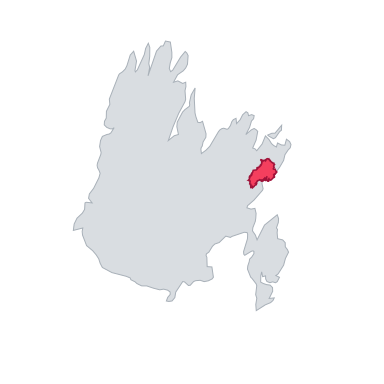 Ballina Lea-6, Mayo, Ireland shown in context, rotated 124°
{"feature_id": "5873133B94480778200635", "entity_name": "Ballina Lea-6", "entity_type": "district", "adm_level": 2, "iso_a3": "IRL", "parent_name": "Ireland", "parent_adm1": "Mayo", "projection": "robinson", "projection_center": [-9.261, 54.165], "detail": "fine", "context": "in_parent", "style": "filled", "palette": "rose", "viewbox_px": 384, "rotation_deg": 124, "n_neighbors": 0, "source": "geoboundaries", "source_scale": "gbopen_adm2", "svg_char_len": 8475}
<svg xmlns="http://www.w3.org/2000/svg" viewBox="0 0 384 384"><g transform="rotate(124 192 192)"><path d="M241.5,81.8L233.5,85.9L232.3,87.4L230.1,93.9L229.8,95.7L224.9,102.9L222.1,104.4L217.8,105.6L215.4,106.7L212.4,106.1L208.5,106.2L206.6,107.5L206.7,108.5L207.9,109.6L215.0,112.9L214.6,114.3L212.6,115.9L199.9,119.8L196.1,122.1L194.8,123.6L196.2,126.2L206.4,134.0L208.2,134.8L209.7,139.3L218.7,141.2L222.4,144.0L225.6,144.7L232.5,144.4L235.3,145.5L236.9,144.7L237.8,143.2L245.4,137.7L243.0,133.6L250.7,126.6L252.8,126.7L256.5,128.8L259.5,131.8L260.6,135.8L263.5,139.4L265.3,140.6L270.3,141.3L271.5,142.7L270.7,147.9L271.4,149.6L284.1,149.5L289.1,147.2L293.5,147.6L295.7,150.0L296.7,152.3L292.9,153.2L289.0,152.8L287.1,154.3L287.0,157.3L288.4,161.2L291.1,164.0L293.3,170.2L295.2,177.1L298.0,181.3L298.7,186.5L298.3,189.0L298.9,193.6L297.8,195.2L298.7,199.5L303.6,213.3L304.7,224.1L302.5,228.2L299.5,232.0L297.6,236.5L296.2,241.5L295.4,249.4L288.9,258.7L286.1,261.0L282.9,262.4L290.2,268.9L284.4,271.8L278.0,272.7L270.9,271.1L266.5,271.3L260.9,274.6L259.7,274.0L256.9,268.7L255.1,274.2L251.0,276.0L244.0,275.6L232.4,277.1L227.9,278.6L226.1,281.1L224.7,283.9L222.9,285.6L220.9,286.5L211.9,288.6L210.1,289.4L206.0,294.0L200.5,296.6L196.0,297.4L191.9,294.7L190.3,293.1L188.4,292.3L182.2,292.5L184.2,293.3L185.4,295.2L186.1,298.8L185.4,302.3L182.3,304.1L178.7,304.4L172.9,308.1L165.3,309.1L161.2,312.5L136.0,318.2L134.6,318.2L131.1,316.8L127.4,316.1L123.6,316.6L113.0,319.8L107.9,319.1L114.5,311.2L123.2,307.2L124.1,306.1L121.3,305.6L104.7,308.4L98.9,310.7L93.1,311.4L95.8,307.8L103.2,302.9L109.7,299.6L112.5,296.7L120.3,293.4L95.0,300.2L88.4,299.4L86.9,297.5L81.7,298.4L79.8,293.8L87.5,286.8L91.9,283.8L97.2,282.2L102.3,279.9L104.2,277.0L101.8,276.1L86.6,276.9L79.3,276.2L79.7,274.0L81.1,271.5L88.6,267.2L92.7,266.6L96.4,267.0L102.8,269.5L111.4,268.7L107.8,265.9L107.2,260.4L104.5,258.6L108.0,256.0L112.0,254.4L118.7,249.1L121.1,248.3L134.3,247.0L148.5,244.2L162.6,240.4L155.3,238.2L151.9,235.4L146.3,241.1L142.3,243.3L131.0,244.5L127.4,243.9L122.4,242.1L120.8,242.8L119.4,244.1L111.9,247.0L104.0,247.6L113.1,242.5L124.8,233.7L127.4,230.9L131.0,226.1L129.9,224.0L127.5,222.8L135.9,212.9L138.9,211.1L144.3,210.8L148.2,209.2L149.9,209.2L151.5,208.6L154.9,205.7L149.6,203.8L144.1,202.8L127.1,203.8L124.9,203.6L122.8,202.7L121.4,201.4L120.4,198.0L119.1,197.3L115.3,197.3L111.5,198.3L108.9,198.2L106.3,196.7L110.4,193.3L105.1,192.5L99.7,193.2L95.2,192.1L95.1,190.0L97.1,187.8L94.5,185.8L93.9,183.2L96.8,181.9L99.9,182.4L106.2,180.4L114.3,179.5L107.4,177.6L104.6,176.0L104.5,173.6L105.0,171.4L113.1,167.9L121.6,166.3L121.0,163.9L121.6,161.4L113.0,160.7L104.4,162.5L105.4,157.6L107.4,153.2L107.8,150.3L107.5,147.2L103.5,148.5L103.0,144.2L101.3,141.2L95.4,143.2L95.6,139.3L97.3,136.5L100.4,135.3L103.4,135.8L109.1,135.8L114.6,133.7L122.5,133.2L135.1,133.8L143.8,139.7L146.0,138.6L149.5,134.9L151.1,134.5L164.1,136.1L172.3,138.3L174.4,137.6L173.2,133.5L170.4,130.7L173.9,126.9L178.2,124.4L181.0,123.1L187.6,121.6L190.4,120.1L192.3,115.3L195.3,111.3L178.9,113.4L163.2,108.6L165.7,105.3L169.0,103.4L174.6,101.9L175.2,100.2L178.1,98.7L182.8,94.9L181.0,90.0L181.9,86.4L185.3,84.0L186.4,80.7L187.9,78.3L194.8,77.4L201.5,75.1L211.8,74.8L214.4,75.8L213.8,71.8L218.6,71.2L220.5,72.0L221.4,74.9L223.6,76.7L224.3,79.8L222.9,82.3L220.4,84.1L222.7,86.1L219.2,89.6L223.0,88.1L228.3,84.7L228.0,81.9L227.1,78.4L225.5,75.2L226.2,71.8L229.2,69.6L237.1,68.5L233.8,64.6L236.7,64.2L239.8,65.0L244.5,68.1L254.4,72.4L249.6,76.2L243.8,78.9L241.5,81.8ZM102.7,159.2L102.5,161.1L98.7,158.7L96.9,156.1L86.5,155.0L90.8,152.4L92.9,153.1L100.3,153.2L102.3,154.3L102.7,159.2Z" fill="#d9dde1" stroke="#a8b0b8" stroke-width="1"/><path d="M126.6,152.9L126.9,153.0L127.1,152.9L127.1,152.7L127.0,151.8L127.1,151.5L127.1,151.4L127.4,151.4L127.6,151.3L127.9,151.3L128.1,151.3L128.2,151.1L127.9,150.9L127.9,150.7L128.1,150.6L128.4,150.6L128.5,150.7L128.9,150.6L129.4,150.2L129.5,150.0L129.7,149.9L130.2,150.2L130.4,150.1L130.7,150.2L130.8,150.0L131.0,150.0L131.4,149.7L131.5,149.8L131.8,150.3L132.1,150.1L132.4,150.1L132.5,150.0L132.5,149.9L133.2,150.0L133.3,150.5L133.9,150.4L134.2,150.4L134.4,150.6L134.5,150.5L134.8,150.6L135.2,150.7L135.1,151.4L135.2,151.6L135.6,151.7L136.0,151.5L136.0,151.4L135.9,151.2L136.3,150.8L137.7,151.0L139.8,153.4L141.9,152.7L142.6,152.8L142.9,153.1L143.2,153.1L143.6,152.9L143.5,152.5L144.2,152.4L144.6,152.2L144.7,152.5L144.9,152.7L145.0,152.6L145.1,152.4L145.2,152.5L145.1,152.3L145.3,152.3L145.3,152.1L145.2,152.0L145.4,152.0L145.6,152.1L145.4,152.2L145.4,152.3L146.0,152.7L146.1,152.8L146.2,153.0L146.8,152.8L147.0,153.0L148.0,152.6L148.1,152.4L147.9,152.1L148.7,151.9L149.0,151.9L149.2,151.7L149.8,151.7L150.3,151.8L150.2,151.7L150.6,151.6L150.7,151.4L150.4,151.3L150.5,151.0L150.4,150.8L150.5,150.8L150.5,150.7L150.5,150.4L150.5,150.2L150.8,150.0L150.7,149.8L150.9,149.6L151.2,149.7L151.3,149.6L151.6,149.4L151.9,149.2L152.1,149.0L152.5,148.9L152.7,148.7L153.0,148.7L153.0,148.2L152.8,147.8L153.5,147.6L153.6,147.3L153.4,147.0L153.3,146.7L153.7,146.6L154.5,146.5L155.1,146.1L155.5,145.7L155.1,145.2L154.7,145.2L154.4,145.1L154.5,144.8L154.0,144.8L154.1,144.7L153.9,144.5L153.9,144.4L154.3,144.4L154.5,144.1L153.6,144.0L153.0,143.7L151.4,143.6L150.3,143.1L150.1,142.8L149.9,142.8L149.8,143.0L149.7,143.1L149.8,143.3L149.6,143.4L149.4,143.3L149.1,143.1L148.5,143.2L148.5,143.3L148.6,143.5L148.4,143.6L148.3,143.9L148.4,144.0L147.9,143.9L147.3,143.9L147.1,144.0L146.9,143.9L146.6,144.1L146.1,144.1L145.9,144.0L145.8,143.9L146.0,143.7L145.0,143.3L144.9,143.0L144.5,142.8L144.0,142.8L144.0,142.6L143.9,142.4L144.1,142.5L144.1,142.4L143.9,142.2L143.8,141.9L143.9,141.6L143.9,141.4L143.7,141.3L143.3,141.2L142.7,140.9L142.9,140.9L143.0,140.8L142.9,140.7L143.2,140.6L143.1,140.3L143.0,140.2L142.9,140.2L142.8,140.3L142.5,140.2L142.4,140.2L142.1,139.9L141.9,139.8L141.3,139.8L141.3,139.7L140.7,139.6L140.3,139.5L140.0,139.5L140.2,139.2L140.3,139.2L140.2,139.1L139.9,139.2L140.1,139.0L140.1,138.9L140.1,139.0L140.3,139.0L140.5,138.7L140.4,138.7L140.3,138.8L140.2,138.9L140.3,138.7L140.2,138.5L140.5,138.4L140.5,138.2L140.8,138.2L140.7,138.1L140.9,138.1L140.6,138.5L141.1,138.4L141.1,138.2L141.4,137.9L141.4,137.7L141.2,137.2L140.2,137.3L139.9,137.8L139.6,137.9L139.6,138.0L139.3,138.1L139.1,138.1L138.9,138.0L138.5,138.2L138.4,138.3L138.3,138.2L138.2,138.2L138.1,138.3L138.2,138.5L137.7,138.5L137.7,138.4L138.0,138.4L137.9,138.3L138.1,138.2L138.5,138.1L138.9,137.8L139.1,137.9L139.4,137.8L139.2,137.8L140.0,137.3L140.3,136.9L140.3,136.6L140.2,136.3L140.3,136.2L140.5,135.7L140.7,135.3L140.5,134.9L140.3,134.6L140.2,134.5L139.9,134.6L139.6,135.0L139.4,135.1L138.5,135.0L138.9,135.2L138.9,135.3L138.9,135.6L138.7,135.7L138.2,135.7L138.3,135.6L138.1,135.3L138.2,135.1L138.2,134.9L138.4,135.0L138.3,134.6L138.4,134.4L138.5,134.4L138.4,134.4L138.5,134.0L138.4,133.6L138.2,133.5L137.7,133.1L137.4,133.0L137.2,133.0L136.8,132.9L136.4,132.9L135.7,132.7L135.3,132.7L135.1,132.6L134.7,132.6L134.4,132.5L134.4,132.4L134.1,132.3L133.9,132.0L133.6,131.9L133.4,132.0L133.5,132.2L133.6,132.3L133.6,132.5L132.7,132.9L132.8,133.1L132.4,133.1L132.2,133.3L132.1,133.5L132.0,134.0L131.9,134.0L131.5,134.0L131.4,133.9L131.2,133.8L131.4,133.7L131.3,133.3L131.1,133.1L130.7,133.0L130.2,133.1L129.8,133.1L129.5,133.0L129.4,133.0L129.2,132.9L128.8,133.2L128.7,133.2L128.3,133.0L128.2,133.3L127.9,133.1L127.8,133.5L127.8,133.9L126.8,135.6L126.6,135.8L127.3,136.7L127.3,137.1L127.5,137.3L127.1,137.7L126.2,137.7L126.0,137.8L125.8,137.7L125.5,137.7L125.5,138.2L125.2,138.4L125.2,138.6L124.7,138.9L123.9,139.1L123.7,138.9L123.1,138.9L123.1,139.3L123.0,139.7L122.8,139.7L122.3,140.2L122.6,140.8L122.8,141.1L122.9,141.4L122.6,141.7L122.6,142.0L122.8,142.2L122.8,142.3L122.8,143.0L122.5,143.5L122.6,144.0L122.4,144.2L122.3,144.5L122.2,144.6L122.3,144.8L122.5,144.9L122.4,145.1L122.1,145.3L121.8,145.7L121.9,145.9L121.8,146.2L121.7,146.4L121.5,146.8L122.2,147.0L122.0,147.6L122.1,147.8L122.2,148.2L122.5,148.4L123.1,148.7L123.5,148.6L124.1,148.6L124.5,148.4L124.8,148.4L124.5,148.8L124.4,149.1L124.9,149.2L124.9,149.5L125.3,149.8L125.6,149.7L126.0,150.0L126.4,150.2L126.4,150.4L126.0,150.7L126.2,151.1L126.2,151.3L126.4,151.5L126.5,151.9L126.4,152.3L126.6,152.5L126.6,152.9ZM143.7,140.3L144.1,140.3L143.9,139.9L143.5,139.7L143.1,139.3L142.4,139.1L141.4,138.8L141.1,138.7L141.0,138.9L142.2,139.2L143.0,139.4L143.3,139.6L143.3,140.0L143.4,139.9L143.7,140.0L143.7,140.3Z" fill="#f43f5e" stroke="#9f1239" stroke-width="1.5"/></g></svg>